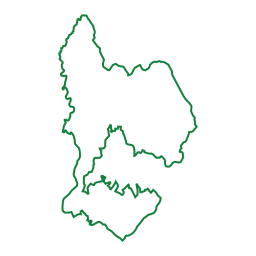 Nghia Dan, Nghệ An, Vietnam (Equal Earth projection)
{"feature_id": "81297802B96353597468260", "entity_name": "Nghia Dan", "entity_type": "district", "adm_level": 2, "iso_a3": "VNM", "parent_name": "Vietnam", "parent_adm1": "Nghệ An", "projection": "equal_earth", "projection_center": [105.406, 19.354], "detail": "fine", "context": "isolated", "style": "outline", "palette": "green", "viewbox_px": 256, "rotation_deg": 0, "n_neighbors": 0, "source": "geoboundaries", "source_scale": "gbopen_adm2", "svg_char_len": 5745}
<svg xmlns="http://www.w3.org/2000/svg" viewBox="0 0 256 256"><path d="M159.3,61.0L157.0,62.0L154.3,61.7L152.4,62.6L150.1,64.7L149.7,66.4L148.6,68.3L145.2,70.3L143.1,69.8L141.9,68.6L140.1,65.1L139.4,65.2L134.8,67.9L133.6,69.6L131.8,73.5L130.3,74.7L128.3,75.4L128.0,73.4L126.0,70.7L124.0,67.5L123.2,66.7L118.7,65.9L116.0,64.0L114.8,64.1L112.8,65.1L109.3,70.2L108.7,70.2L107.6,69.7L103.6,66.9L103.0,65.9L103.0,63.3L104.0,59.7L101.3,54.7L100.1,51.7L99.7,50.3L100.0,49.1L99.9,48.4L99.6,47.9L97.5,46.4L93.0,40.4L92.9,40.0L94.7,37.8L94.2,36.6L93.9,34.9L94.7,33.2L94.8,31.8L94.3,29.7L93.7,28.3L93.5,26.9L93.0,25.7L92.1,24.3L90.9,22.9L89.6,20.3L88.1,18.8L86.6,15.9L86.1,15.5L82.1,15.4L80.8,17.2L80.5,19.8L80.0,20.0L79.2,19.7L78.4,18.9L77.6,19.3L76.7,24.3L74.5,26.0L73.8,27.0L73.5,31.1L73.3,31.4L72.7,31.6L72.7,32.9L71.4,33.4L71.0,34.4L69.2,35.0L68.6,36.5L68.1,38.2L66.3,39.3L66.1,39.9L66.2,40.4L66.6,41.0L66.6,42.1L65.7,45.3L65.2,45.8L63.3,46.0L62.3,48.0L61.3,48.1L61.5,50.6L61.2,51.0L60.3,51.4L60.6,52.4L60.3,53.2L59.7,53.6L59.3,53.5L59.5,54.9L60.4,56.7L59.9,58.5L59.6,58.9L62.7,62.3L62.7,63.1L61.9,64.3L61.7,65.0L62.0,67.5L62.8,69.2L63.9,70.0L64.1,70.4L64.0,71.0L63.6,71.6L61.0,73.9L61.0,74.7L61.5,75.6L63.8,76.0L65.8,75.7L66.3,75.9L66.4,76.4L66.2,78.6L65.1,82.5L64.8,85.3L64.4,86.0L63.1,87.3L62.7,87.9L62.6,88.6L63.1,89.4L63.5,89.3L64.1,88.2L65.0,87.6L65.6,87.6L66.6,88.8L67.6,91.3L67.8,92.8L66.1,95.8L65.8,96.6L65.9,97.3L66.3,98.2L66.9,98.8L67.8,99.0L69.9,98.1L70.4,98.2L70.8,99.1L70.7,100.6L69.3,103.6L69.4,105.1L70.5,106.7L71.7,106.6L73.2,107.1L74.1,108.0L74.2,108.7L73.9,111.1L72.6,112.6L71.5,112.7L70.6,113.1L70.3,114.0L70.3,116.4L68.7,120.2L67.9,120.6L65.4,119.6L64.7,119.9L64.8,120.8L65.8,122.7L64.0,125.7L62.8,131.8L63.8,132.3L64.3,132.2L65.1,130.6L65.7,130.4L67.7,133.1L70.1,134.1L70.4,133.8L70.8,132.6L71.1,132.5L72.6,134.0L73.7,136.1L74.1,138.0L74.7,139.4L74.9,142.8L75.1,143.7L75.7,144.7L78.7,147.8L79.2,148.7L79.7,150.9L79.9,153.3L80.0,156.0L79.7,157.5L79.2,158.8L77.4,161.0L77.1,162.1L77.2,163.4L74.7,168.5L73.7,174.0L73.9,175.8L75.6,178.5L77.2,183.4L77.3,184.0L77.0,185.8L71.4,190.9L69.5,193.6L64.2,198.4L63.5,199.4L62.9,201.4L62.5,207.1L62.5,209.7L63.1,211.2L63.9,212.0L64.9,212.5L66.2,212.7L69.4,212.5L71.4,212.0L73.7,217.0L77.6,214.6L79.9,214.0L80.8,214.2L80.6,211.6L81.6,210.7L82.2,210.6L84.0,213.1L85.1,213.5L85.9,215.4L87.7,216.1L88.0,218.3L87.4,220.2L88.1,220.2L88.6,221.5L89.6,221.3L90.3,220.7L90.9,220.6L91.4,220.9L91.6,221.4L91.3,222.1L90.9,222.4L90.9,223.2L90.1,223.2L89.8,223.5L89.7,224.2L90.0,224.6L91.5,225.0L92.5,224.9L93.8,224.4L97.7,222.1L99.8,221.9L102.0,223.4L103.1,224.6L104.9,224.5L106.0,225.7L107.4,228.5L108.1,229.2L111.5,231.1L114.4,234.3L117.2,236.5L120.3,238.3L122.5,240.6L124.7,238.4L125.2,236.7L125.7,236.0L126.4,235.7L128.1,235.7L131.9,233.8L133.7,232.2L135.7,229.6L137.3,226.4L139.2,224.3L144.1,217.9L145.3,217.3L148.3,214.9L152.2,213.7L154.1,212.7L154.9,211.9L156.3,209.0L156.5,206.8L156.9,205.9L159.1,203.1L159.7,201.9L160.3,200.3L160.7,197.9L157.6,195.2L157.1,194.2L155.4,191.8L153.1,189.9L151.0,192.7L149.1,190.8L148.6,189.6L147.6,188.7L146.7,189.6L145.1,189.8L145.2,190.7L141.3,192.3L140.4,192.2L139.9,188.4L137.9,185.9L136.9,184.3L136.6,184.5L136.6,185.2L137.5,189.7L137.6,192.9L137.4,194.8L135.2,197.2L133.4,193.3L130.8,188.3L130.1,188.1L129.2,188.2L128.8,187.9L128.8,185.0L128.4,184.6L124.6,188.5L122.6,189.9L123.8,192.1L123.8,192.8L123.1,194.2L122.5,194.8L121.9,194.9L121.5,194.8L119.7,193.3L117.9,192.4L116.8,192.2L115.3,191.2L117.5,187.5L118.0,186.2L117.6,184.4L115.7,181.7L115.4,182.9L112.2,187.6L110.8,189.3L110.4,189.2L110.0,188.9L109.6,187.4L107.8,185.7L110.3,183.2L110.0,182.2L107.3,182.9L105.6,183.8L104.2,182.0L103.8,181.8L103.9,180.6L104.2,179.6L105.2,177.3L104.9,177.2L103.6,178.3L103.3,177.9L103.5,176.4L103.0,176.0L102.0,175.9L101.5,176.1L101.4,176.5L102.6,179.7L102.6,180.7L102.2,181.2L95.5,182.7L94.6,183.9L94.2,185.0L93.6,185.1L90.6,183.7L88.4,186.4L87.5,188.0L88.4,193.6L88.0,193.8L87.5,193.6L85.4,191.8L82.7,191.3L84.5,187.0L84.9,185.4L84.7,184.8L84.1,184.2L83.8,182.4L83.9,177.2L84.1,176.3L87.6,174.5L88.8,172.7L88.9,172.2L91.8,171.9L92.9,169.0L93.3,167.7L93.5,164.8L94.1,164.3L93.6,161.6L93.6,160.1L94.6,157.9L99.5,157.9L100.7,156.9L101.8,155.6L101.1,153.2L101.3,151.1L100.9,150.8L99.8,148.6L103.7,148.4L105.2,146.4L105.3,140.3L106.5,138.6L109.2,135.9L108.7,134.0L108.5,130.8L107.9,129.1L109.1,127.4L110.1,125.2L110.3,125.1L110.9,125.4L111.0,125.8L110.9,126.8L111.0,128.1L111.4,129.3L111.0,131.6L111.4,132.0L112.1,131.7L113.1,130.7L114.9,131.1L115.5,130.2L115.3,128.7L117.8,128.7L118.2,126.5L120.9,126.7L120.6,128.5L120.7,129.5L121.2,130.3L122.1,130.5L122.9,131.2L123.1,133.4L124.2,135.2L125.3,139.3L126.0,141.0L126.4,143.5L128.0,144.4L131.7,145.0L132.7,145.6L133.6,146.7L134.4,150.1L134.4,155.9L134.9,155.7L135.7,155.1L137.4,152.7L138.0,152.3L138.8,152.1L140.3,153.0L140.9,152.8L141.7,151.9L142.5,150.2L144.3,150.8L144.5,152.2L147.6,153.3L150.1,153.7L151.3,153.5L152.9,154.3L155.9,157.4L156.5,157.8L157.0,157.4L159.5,157.8L161.1,156.3L161.7,156.4L163.3,157.9L165.1,160.4L165.2,160.6L165.0,162.8L165.1,163.9L165.9,166.2L166.3,166.5L169.3,166.6L171.3,164.9L172.6,162.9L174.3,162.0L175.2,161.9L179.2,162.5L180.1,162.3L180.8,161.9L182.6,158.5L183.3,156.7L182.9,155.2L182.8,153.4L182.3,152.4L181.5,152.0L179.9,151.9L179.7,151.4L180.1,149.9L181.5,148.1L181.4,147.6L180.9,146.7L180.9,145.7L183.5,142.4L185.5,141.6L186.0,141.1L188.5,134.9L189.1,132.1L191.8,131.8L192.7,131.4L196.7,126.7L195.0,124.5L195.2,122.4L194.4,119.3L194.8,117.6L193.1,115.7L191.4,112.1L191.1,110.8L191.5,106.9L191.2,105.6L189.1,102.8L185.9,99.6L183.2,95.5L172.5,75.3L172.1,73.9L172.0,71.9L171.6,70.7L168.3,64.6L164.8,62.5L162.5,61.8L161.1,61.9L159.3,61.0Z" fill="none" stroke="#15803d" stroke-width="2"/></svg>